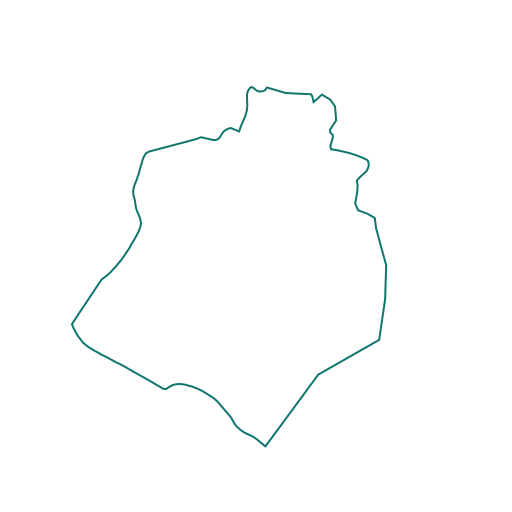 Haydan, Sa`dah, Yemen (Mercator projection), rotated 35°
{"feature_id": "15242507B69358324937252", "entity_name": "Haydan", "entity_type": "district", "adm_level": 2, "iso_a3": "YEM", "parent_name": "Yemen", "parent_adm1": "Sa`dah", "projection": "mercator", "projection_center": [43.376, 16.723], "detail": "fine", "context": "isolated", "style": "outline", "palette": "teal", "viewbox_px": 512, "rotation_deg": 35, "n_neighbors": 0, "source": "geoboundaries", "source_scale": "gbopen_adm2", "svg_char_len": 2902}
<svg xmlns="http://www.w3.org/2000/svg" viewBox="0 0 512 512"><g transform="rotate(35 256 256)"><path d="M372.9,406.6L373.5,384.0L375.0,317.5L405.0,254.1L386.6,217.4L374.4,198.8L373.1,196.8L367.8,188.8L347.4,171.9L346.5,171.1L338.6,164.5L332.9,158.3L331.4,156.7L322.8,157.5L314.2,159.8L313.5,160.0L307.1,156.1L304.8,151.0L302.4,145.9L300.5,142.8L300.0,141.9L299.4,141.0L298.6,139.7L295.5,136.8L295.5,135.1L295.5,134.2L296.2,130.6L296.9,127.4L297.6,124.1L297.7,123.8L297.8,122.1L296.8,117.8L295.1,115.5L293.4,114.0L291.9,113.6L287.7,114.2L280.0,116.1L274.0,117.9L265.0,121.5L259.0,124.1L258.8,124.3L257.9,124.7L256.4,125.6L254.6,124.1L253.5,122.6L253.4,121.8L253.3,121.4L252.7,119.9L251.9,117.3L251.7,116.9L251.0,114.9L249.8,113.4L249.4,112.7L246.2,112.3L244.8,110.8L244.2,110.2L244.0,103.0L243.9,98.9L237.8,91.6L234.9,88.2L233.6,87.6L226.9,85.3L225.1,85.5L221.7,85.7L217.4,86.0L214.9,97.0L214.6,96.8L214.3,96.3L213.9,95.9L213.6,95.6L213.0,95.1L212.6,94.8L212.2,94.4L211.8,94.0L211.3,93.7L210.9,93.3L210.6,93.0L210.0,92.7L208.3,91.9L204.9,94.1L194.0,101.0L193.7,101.2L187.1,105.2L186.8,105.4L186.4,105.6L168.3,111.7L168.3,112.4L168.3,114.9L167.3,116.9L164.4,119.4L162.5,120.0L160.7,120.1L157.3,119.8L155.5,120.1L154.7,121.5L154.7,125.2L155.7,128.4L159.0,133.1L162.5,137.6L165.0,142.0L166.9,147.3L168.1,152.9L168.9,157.2L170.7,163.7L162.0,165.6L161.2,166.4L159.5,168.8L158.3,171.6L158.0,175.3L158.3,178.8L158.0,181.7L156.5,184.0L154.8,185.4L142.9,190.2L142.2,191.2L141.1,192.8L139.1,195.6L108.5,231.8L107.2,234.4L107.1,234.8L107.1,235.1L107.0,236.4L107.0,237.1L107.4,239.9L108.1,242.8L109.1,245.4L109.9,248.0L110.8,250.6L111.9,253.6L112.9,256.2L113.7,259.4L113.8,259.5L114.5,262.0L115.2,264.9L115.8,267.7L116.8,270.4L118.1,273.2L119.7,275.3L121.6,277.2L123.9,279.1L126.0,281.0L127.9,283.2L129.8,285.1L131.9,286.8L132.1,286.9L134.3,288.4L136.8,289.9L138.3,290.9L139.1,291.4L141.3,293.4L143.1,295.3L144.0,297.2L144.5,298.3L145.4,301.6L146.0,304.7L146.3,307.3L146.7,310.2L146.9,313.5L147.1,316.1L147.2,318.6L147.2,318.8L147.7,321.6L147.8,324.5L147.8,326.9L147.9,327.5L147.9,328.0L147.9,330.5L147.9,333.6L147.9,334.1L147.9,337.0L147.6,339.8L147.4,342.8L147.1,346.1L146.5,349.5L146.4,350.8L146.2,352.6L146.1,353.0L145.5,355.9L144.6,359.0L143.6,362.0L143.0,363.9L143.9,403.9L144.3,417.4L146.9,419.1L152.2,421.9L156.0,423.7L164.1,426.2L170.7,426.7L177.8,426.2L185.4,425.5L191.9,424.5L201.9,423.4L207.5,422.4L213.5,421.8L223.0,421.0L239.3,419.3L253.3,418.2L255.6,418.1L257.4,417.4L258.8,416.2L259.6,414.0L261.2,410.4L263.4,407.6L265.4,405.8L267.2,404.4L270.2,402.8L272.3,401.8L275.8,400.7L278.3,399.6L281.1,399.0L284.4,398.2L288.0,397.6L291.8,397.2L296.2,397.0L302.3,396.7L307.3,397.2L314.8,399.1L327.7,402.4L334.3,405.5L336.7,406.5L339.5,406.9L343.7,407.4L347.4,407.3L351.0,406.8L354.3,406.1L356.7,405.8L360.7,405.6L366.2,406.0L372.6,406.6L372.9,406.6Z" fill="none" stroke="#0f766e" stroke-width="2"/></g></svg>